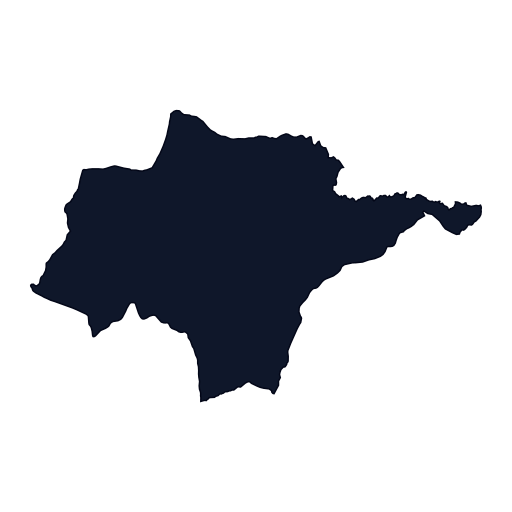 outline of Yakoma, Équateur, Democratic Republic of the Congo
{"feature_id": "63176286B72804638257173", "entity_name": "Yakoma", "entity_type": "district", "adm_level": 2, "iso_a3": "COD", "parent_name": "Democratic Republic of the Congo", "parent_adm1": "Équateur", "projection": "robinson", "projection_center": [22.422, 3.592], "detail": "fine", "context": "isolated", "style": "filled", "palette": "ink", "viewbox_px": 512, "rotation_deg": 0, "n_neighbors": 0, "source": "geoboundaries", "source_scale": "gbopen_adm2", "svg_char_len": 6050}
<svg xmlns="http://www.w3.org/2000/svg" viewBox="0 0 512 512"><path d="M424.5,215.8L423.4,213.4L422.6,212.6L423.8,211.1L424.9,211.6L427.7,213.5L432.2,214.4L439.7,220.9L443.2,226.2L445.4,228.9L452.3,232.6L456.4,234.4L459.4,234.0L459.9,232.3L461.7,230.1L462.5,229.9L463.6,230.1L464.7,229.4L466.6,227.4L467.5,225.6L468.6,224.7L471.5,225.0L472.5,224.3L474.2,221.9L475.8,221.1L479.5,217.1L480.8,214.6L481.2,211.5L481.0,209.8L481.3,208.0L481.1,206.6L480.5,205.2L478.6,205.9L476.2,205.4L471.3,206.4L467.0,205.3L466.4,204.7L466.0,203.0L465.2,202.9L463.6,204.1L461.5,204.3L460.0,203.1L457.7,202.1L455.4,201.9L455.5,203.8L453.6,207.6L452.6,207.7L451.7,208.6L450.3,208.7L449.8,209.6L448.9,209.9L448.1,209.0L447.7,207.6L446.6,206.6L444.1,205.7L442.4,203.3L440.1,203.8L439.4,203.1L439.9,201.4L439.3,201.2L437.4,202.2L435.3,201.6L434.7,202.3L433.4,202.0L432.2,201.2L430.8,201.5L429.0,201.1L426.3,199.4L426.0,198.9L426.1,198.3L425.6,197.9L425.0,198.2L423.9,197.1L422.3,196.4L420.5,195.2L418.3,194.7L416.9,194.9L414.9,197.6L413.1,197.8L411.0,199.2L409.2,199.3L408.5,198.5L406.8,198.8L406.3,198.7L405.3,197.5L405.2,196.9L406.4,192.3L406.1,191.9L405.5,192.0L403.6,194.8L402.4,194.3L401.3,194.9L399.2,194.5L397.8,193.0L396.8,193.0L395.9,193.7L395.1,193.8L394.0,195.6L393.4,196.1L391.0,197.1L389.9,196.5L389.4,195.7L388.2,196.9L387.3,197.2L385.5,195.5L383.9,195.5L382.2,196.3L380.8,195.7L380.0,195.9L378.2,198.1L376.8,198.0L374.3,200.7L373.7,200.8L373.2,200.3L373.0,199.1L372.4,198.8L372.1,198.1L370.7,197.8L370.4,196.5L369.6,196.0L368.9,196.0L368.4,196.4L367.7,196.1L365.7,197.7L363.2,197.4L361.6,198.0L359.5,199.7L358.6,199.5L356.2,201.6L355.1,201.2L354.0,199.2L352.3,198.1L351.2,199.1L350.1,199.2L349.7,199.6L347.9,198.4L346.9,198.3L345.8,195.9L344.9,195.5L343.6,195.9L341.8,197.8L341.3,196.0L338.9,196.8L338.2,195.7L335.3,193.4L335.0,192.4L334.4,191.6L332.9,190.8L332.6,190.1L332.9,185.9L333.4,185.1L335.7,185.1L336.2,184.3L336.5,182.6L335.8,178.7L337.0,176.2L338.0,172.3L340.5,168.5L341.9,167.6L343.4,167.4L339.7,161.8L338.4,160.3L336.2,160.0L334.8,158.0L333.5,156.9L331.3,157.9L328.2,157.7L328.4,154.4L325.7,147.9L323.1,147.6L320.7,145.8L319.1,141.4L318.2,141.7L315.1,145.6L313.4,144.6L312.4,143.7L311.1,137.0L309.9,136.8L308.2,137.9L306.1,139.0L304.6,137.9L303.5,136.5L302.3,135.7L300.8,135.5L296.5,137.2L293.6,137.1L291.4,136.2L288.1,134.3L286.0,133.9L282.1,135.3L280.3,136.2L276.5,138.8L274.3,138.5L272.1,137.7L270.6,138.3L269.4,138.2L265.8,136.6L258.7,136.2L256.5,137.3L255.3,137.3L254.3,138.0L248.8,138.0L245.0,138.9L238.3,138.7L233.3,139.3L230.4,138.9L225.2,136.6L221.1,136.2L216.9,134.2L214.7,132.4L212.0,131.0L210.2,129.9L207.2,126.8L202.8,121.4L201.3,120.5L196.5,116.9L194.3,116.5L191.4,116.2L189.4,115.1L183.8,114.7L181.3,112.9L179.9,111.3L179.1,110.8L176.3,110.6L174.1,111.3L170.8,114.0L170.7,116.8L169.6,121.8L169.4,124.1L167.7,131.5L167.0,135.1L165.6,139.7L163.3,146.1L160.0,153.7L157.3,158.3L156.3,160.8L152.2,167.8L146.9,169.9L144.4,170.4L142.5,171.1L139.4,170.9L136.4,170.2L132.5,170.1L131.6,170.3L129.6,169.1L123.9,168.2L115.8,166.1L114.3,166.0L110.8,166.9L106.0,168.5L103.0,169.2L98.8,168.9L92.1,168.9L88.8,169.2L86.2,169.8L83.9,169.6L82.8,170.3L80.3,179.1L79.5,183.4L78.3,189.2L77.7,189.6L76.9,191.5L75.5,192.9L73.9,195.4L73.6,196.6L73.6,197.8L72.2,199.1L70.5,201.8L67.0,204.1L66.1,205.0L65.1,207.5L64.7,209.0L64.8,210.8L65.1,211.9L66.3,212.9L67.1,214.2L67.9,218.9L67.5,223.0L68.5,227.4L70.5,231.1L67.3,234.8L66.1,240.3L64.4,242.1L63.2,244.5L61.8,246.2L57.1,250.5L55.1,252.8L52.6,254.7L49.8,259.8L48.3,261.6L46.4,263.1L46.2,263.9L46.2,267.1L45.6,270.6L43.1,275.7L42.0,276.3L41.0,277.5L40.4,279.2L39.8,282.6L39.3,283.9L37.1,285.7L36.4,285.9L35.6,285.8L34.1,284.9L33.6,284.3L31.7,284.3L30.7,285.2L30.9,286.5L32.3,288.5L32.4,289.3L32.8,290.3L33.4,291.1L36.2,293.1L41.9,295.9L44.3,297.3L46.9,298.4L50.7,300.2L54.8,301.5L72.5,307.9L77.0,309.8L86.0,314.0L88.0,315.5L88.4,316.7L88.9,323.1L89.2,324.6L90.4,325.9L91.3,327.6L92.2,331.4L92.6,335.2L93.0,336.5L93.8,336.7L94.8,336.3L95.7,335.6L100.5,330.5L105.5,328.3L107.9,326.8L108.8,326.0L110.3,323.3L111.4,322.4L112.9,321.5L118.0,320.7L120.7,319.3L122.3,317.5L125.7,311.0L126.7,308.5L129.2,304.2L130.1,303.1L131.3,302.6L132.5,302.6L134.6,302.7L135.5,303.8L138.5,312.9L139.8,315.7L141.0,317.6L142.3,318.8L143.9,319.0L145.3,318.5L146.8,317.9L149.3,316.2L152.1,315.3L154.0,315.1L155.7,315.6L161.3,322.0L163.7,322.8L165.3,322.9L167.1,322.7L168.3,323.2L169.0,324.1L170.5,327.1L172.0,328.4L177.0,330.4L178.9,331.8L180.9,332.3L182.6,332.2L184.4,331.7L185.8,332.2L187.8,334.0L188.3,337.7L190.5,340.8L192.5,346.6L193.8,348.4L195.7,355.0L197.1,357.8L197.7,360.0L197.7,363.4L198.5,366.7L198.7,370.5L198.6,374.0L198.9,377.4L199.6,381.4L199.2,385.8L199.5,389.2L200.5,392.1L200.7,393.8L200.6,395.8L200.9,397.7L200.8,401.4L204.2,400.4L206.4,400.5L207.3,399.3L208.1,399.0L209.3,397.6L214.5,397.3L215.7,396.3L218.2,395.5L219.7,393.9L221.5,393.9L222.1,393.5L223.4,393.1L224.9,391.8L227.6,391.6L229.1,390.9L230.4,390.8L232.2,390.0L233.8,390.0L237.8,386.7L240.6,387.0L245.4,383.0L247.9,381.7L249.9,381.8L251.4,383.3L257.2,386.1L260.1,387.3L263.7,388.2L269.2,388.9L271.5,390.6L271.9,392.3L272.9,393.4L274.0,393.7L278.5,385.3L278.5,381.0L280.3,377.6L279.5,374.6L279.9,372.5L280.9,369.6L283.2,367.1L284.8,366.9L285.3,366.5L286.6,364.5L286.8,363.1L287.6,362.3L288.1,361.1L288.2,356.4L287.7,352.3L287.8,350.6L290.7,343.2L297.2,328.6L299.6,324.1L300.7,322.5L301.5,318.2L301.1,317.1L300.4,316.2L298.9,311.9L299.1,308.2L299.8,306.0L302.7,302.5L305.3,299.9L307.3,297.3L309.5,292.6L311.1,290.6L312.6,289.0L313.9,288.4L315.9,288.1L317.4,287.3L319.0,285.6L322.0,281.8L323.7,280.2L325.6,279.0L333.5,275.8L337.5,272.9L340.0,270.4L341.8,266.5L344.4,264.6L352.4,262.8L355.6,262.7L362.6,262.0L368.9,259.8L374.7,258.6L380.4,256.3L383.0,254.4L385.0,251.6L386.9,246.9L387.9,246.5L390.7,246.5L392.4,246.2L393.8,245.4L395.3,243.1L396.0,240.6L397.2,237.2L399.2,233.6L400.1,232.7L403.5,231.7L404.0,230.8L406.7,228.7L408.8,227.8L411.6,226.2L412.7,225.1L413.5,224.8L417.4,219.9L424.5,215.8Z" fill="#0f172a" stroke="#020617" stroke-width="1.5"/></svg>